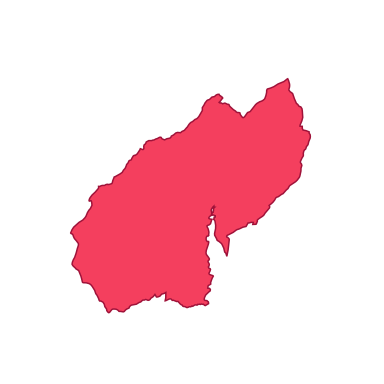 the district of Quetame, Cundinamarca, Colombia, rotated 211°
{"feature_id": "7082276B8666631490654", "entity_name": "Quetame", "entity_type": "district", "adm_level": 2, "iso_a3": "COL", "parent_name": "Colombia", "parent_adm1": "Cundinamarca", "projection": "equal_earth", "projection_center": [-73.872, 4.33], "detail": "fine", "context": "isolated", "style": "filled", "palette": "rose", "viewbox_px": 384, "rotation_deg": 211, "n_neighbors": 0, "source": "geoboundaries", "source_scale": "gbopen_adm2", "svg_char_len": 6057}
<svg xmlns="http://www.w3.org/2000/svg" viewBox="0 0 384 384"><g transform="rotate(211 192 192)"><path d="M275.0,148.7L274.4,147.9L274.1,146.8L274.9,142.1L276.1,137.9L276.4,134.9L276.4,133.7L276.0,131.9L275.6,131.4L275.0,131.5L274.4,132.4L273.8,132.5L272.5,131.3L270.9,129.1L270.6,125.4L271.0,123.3L271.0,120.6L270.4,116.6L270.5,114.7L271.2,111.6L273.2,107.8L275.3,100.9L275.4,97.8L274.9,94.4L274.4,94.1L272.8,94.3L271.5,93.6L270.7,92.8L268.7,91.5L266.2,90.7L263.0,89.4L262.5,88.9L261.8,87.4L261.2,84.6L259.8,79.8L258.9,75.6L258.8,72.7L258.4,70.3L257.8,68.7L257.4,68.1L255.6,67.3L252.6,66.7L252.2,66.4L248.9,66.3L248.4,66.1L243.9,62.7L241.8,60.7L239.7,58.5L239.2,58.2L238.6,58.2L235.8,59.7L233.0,60.5L231.2,60.5L228.9,59.7L224.8,57.6L222.1,55.3L220.3,54.6L217.5,52.8L215.6,51.2L214.9,51.0L214.0,51.6L211.5,51.7L209.4,50.6L207.6,48.8L205.0,47.7L203.9,46.4L202.5,45.8L201.4,45.6L200.8,46.1L200.6,46.7L200.2,49.8L199.8,50.6L198.8,51.4L196.8,52.4L195.4,52.6L194.4,52.5L193.1,52.1L191.2,53.1L190.2,53.4L189.0,54.0L188.5,54.8L188.3,56.4L187.8,57.8L186.2,60.1L186.5,61.7L185.8,63.7L181.9,67.2L180.4,70.1L179.3,71.4L178.7,73.6L178.3,74.2L177.3,74.7L176.3,76.1L173.9,76.5L173.1,77.2L172.6,78.3L172.6,79.6L171.3,82.5L171.0,85.1L168.4,83.7L167.4,84.3L165.9,86.1L165.4,88.8L163.5,90.9L162.7,92.4L160.0,87.8L159.0,84.9L158.6,85.2L156.5,88.4L155.6,89.2L155.0,89.4L154.5,89.4L153.1,88.9L152.3,89.6L148.8,90.2L147.6,91.0L144.6,90.0L143.0,89.8L142.1,90.0L141.0,89.4L140.3,89.5L138.8,90.2L137.2,90.2L136.3,90.7L135.2,92.3L133.9,93.0L133.3,94.3L132.5,94.4L131.5,96.4L131.0,96.9L130.5,97.3L129.4,97.6L129.2,98.7L128.3,99.1L127.7,99.8L126.9,99.9L126.4,100.7L124.8,101.3L124.3,101.7L122.9,101.3L122.1,101.5L120.3,104.8L120.8,105.6L121.5,106.3L122.2,106.3L123.2,106.6L125.1,105.8L125.6,105.8L126.3,106.3L126.9,108.0L127.2,110.8L126.1,115.0L125.5,116.5L125.9,117.7L126.8,118.3L127.3,118.4L129.0,117.7L129.8,119.6L129.8,120.4L129.0,121.6L128.5,122.8L129.3,123.7L129.9,126.3L130.3,128.5L130.4,130.8L130.9,131.1L134.0,130.4L135.0,130.5L135.5,130.9L135.7,131.5L135.8,133.3L136.3,135.2L137.0,135.6L138.3,135.4L139.1,135.9L139.4,136.3L139.3,137.2L139.8,138.7L140.5,139.4L142.1,140.3L142.6,140.9L142.7,141.5L142.4,142.5L142.6,143.5L143.8,144.3L147.6,145.9L148.7,147.1L149.7,149.4L151.1,155.7L151.8,157.6L152.3,158.1L153.4,157.4L154.8,158.0L155.5,158.6L156.3,160.1L156.5,161.3L156.3,162.0L155.5,162.5L155.3,163.5L155.6,163.7L156.6,165.9L157.4,167.0L159.3,168.8L161.0,169.9L161.6,170.5L161.7,170.9L161.5,171.3L160.3,172.8L159.8,174.3L160.9,178.8L161.0,178.9L161.3,178.5L163.5,178.0L164.1,178.2L164.4,178.9L164.3,179.4L164.0,180.8L163.6,181.5L163.7,182.7L164.2,184.0L166.1,186.1L166.5,187.3L166.4,189.7L166.0,191.1L165.7,190.5L164.7,190.8L165.0,190.2L164.9,190.0L165.1,189.9L165.1,189.0L164.9,188.5L164.2,187.7L164.3,187.3L164.1,186.8L163.9,186.7L164.0,186.3L163.4,185.6L164.2,184.6L162.7,182.5L161.9,183.2L161.4,183.4L160.4,183.4L159.9,183.6L159.6,183.2L159.2,182.5L160.0,181.7L159.5,181.4L159.5,179.7L158.8,179.7L157.3,178.9L154.6,175.7L152.9,172.7L151.3,168.1L150.3,166.6L147.2,164.8L145.5,163.5L143.2,163.5L140.2,163.0L139.2,162.5L135.9,160.3L133.1,157.4L131.5,157.0L129.0,154.8L131.2,160.9L135.5,170.3L135.9,170.8L136.5,171.1L138.1,171.5L139.0,171.3L139.3,171.6L139.6,172.6L139.4,173.2L138.9,173.8L135.9,178.6L134.3,182.6L132.4,184.8L130.3,188.0L127.9,190.3L128.0,194.4L127.2,194.8L125.6,196.5L123.8,197.5L123.2,195.5L120.5,197.3L120.5,198.3L120.9,200.6L121.5,201.4L121.5,202.0L120.7,204.1L119.0,207.6L118.5,209.2L118.5,211.4L117.4,218.1L117.6,219.0L117.9,219.5L119.0,220.2L117.9,223.0L117.3,225.2L117.0,227.9L117.1,229.0L117.1,230.4L116.8,231.0L115.5,232.6L114.1,236.0L113.1,237.5L112.2,242.4L111.5,244.3L111.6,247.3L111.4,248.1L108.5,254.2L107.9,256.5L107.6,259.3L107.6,260.5L107.9,261.6L109.4,266.0L110.8,268.5L111.5,271.3L112.5,272.3L114.2,273.0L114.8,274.1L115.2,277.5L115.2,280.3L115.6,281.1L116.5,282.4L117.2,284.5L117.3,286.2L116.9,286.6L116.7,287.5L117.3,289.9L117.0,291.5L117.0,292.5L117.9,295.3L118.5,299.2L119.3,300.8L120.4,302.1L121.8,302.7L122.6,303.9L125.9,303.3L128.7,302.3L130.2,303.3L131.3,305.1L133.3,304.0L133.8,304.9L134.5,309.6L135.5,313.0L139.4,318.6L140.7,320.1L142.6,321.0L144.3,320.6L146.7,321.6L148.1,321.7L152.3,324.7L156.3,328.1L157.5,328.4L159.6,328.5L161.5,329.3L161.8,329.8L162.5,332.3L163.4,334.0L164.2,335.0L166.7,337.3L168.3,338.4L168.6,338.0L170.1,334.0L173.9,328.9L176.1,324.4L178.4,321.3L180.3,319.3L180.5,318.9L180.4,317.7L179.3,315.7L178.3,312.7L177.8,310.1L177.7,309.0L178.4,307.0L179.2,305.7L180.4,304.3L182.0,301.3L182.5,299.6L183.5,291.4L183.7,290.7L185.3,288.7L185.7,283.4L186.3,282.2L187.1,281.9L189.0,282.6L190.5,283.3L191.7,284.5L192.7,284.3L194.0,283.5L195.4,283.4L196.2,283.8L199.0,283.9L203.8,284.9L205.4,286.0L205.8,286.0L206.6,285.5L209.4,285.2L209.8,285.0L211.2,283.4L212.7,283.4L214.0,282.7L214.9,282.7L214.9,283.0L214.5,284.4L214.3,287.0L214.0,288.1L214.3,288.6L215.2,288.9L215.8,288.7L216.7,289.1L217.9,289.0L219.2,289.7L220.4,288.8L221.2,287.7L221.9,285.4L223.8,283.6L224.7,280.2L225.7,279.2L226.3,278.1L226.7,275.0L226.5,272.7L226.6,269.6L225.2,267.4L225.1,266.8L225.0,260.2L225.3,258.4L225.7,257.2L226.8,255.7L227.8,252.6L228.7,251.3L229.1,250.1L229.4,248.5L229.5,245.0L229.7,244.5L230.3,240.9L231.8,238.7L232.4,236.9L235.1,235.6L236.3,234.2L237.2,231.4L238.5,229.3L238.3,227.9L238.5,227.2L239.1,226.4L241.0,224.7L242.3,222.6L244.5,222.2L245.2,222.2L246.6,222.9L247.5,222.6L248.1,222.0L249.3,219.9L250.2,219.0L251.4,217.0L252.6,216.0L252.9,215.4L255.5,213.8L256.5,212.2L257.0,211.2L256.7,210.0L256.8,209.0L257.3,207.7L256.8,206.1L255.8,204.8L255.6,203.7L255.7,203.4L256.1,203.0L258.6,202.5L258.4,201.4L258.6,196.4L259.6,194.0L260.3,193.8L260.9,192.7L260.9,189.6L260.6,188.5L261.1,187.6L261.8,186.9L262.1,186.1L261.8,184.0L262.2,181.9L261.8,180.3L261.5,177.8L262.0,175.3L261.9,172.9L263.0,170.4L266.0,165.2L266.4,164.9L265.8,161.1L265.1,158.9L265.1,157.9L266.5,156.2L267.8,155.1L268.2,155.2L269.4,154.3L270.4,152.6L272.3,151.4L273.2,150.5L273.6,149.6L275.0,148.7Z" fill="#f43f5e" stroke="#9f1239" stroke-width="1.5"/></g></svg>